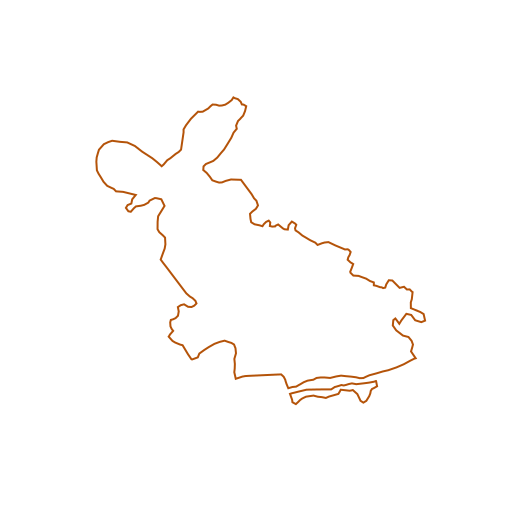 the district of Markz Matay, Al Minya, Egypt, rotated 33°
{"feature_id": "37247803B33553459827704", "entity_name": "Markz Matay", "entity_type": "district", "adm_level": 2, "iso_a3": "EGY", "parent_name": "Egypt", "parent_adm1": "Al Minya", "projection": "robinson", "projection_center": [30.727, 28.431], "detail": "fine", "context": "isolated", "style": "outline", "palette": "amber", "viewbox_px": 512, "rotation_deg": 33, "n_neighbors": 0, "source": "geoboundaries", "source_scale": "gbopen_adm2", "svg_char_len": 4854}
<svg xmlns="http://www.w3.org/2000/svg" viewBox="0 0 512 512"><g transform="rotate(33 256 256)"><path d="M152.2,135.2L150.7,135.3L150.7,138.5L149.3,142.6L147.8,145.8L145.5,148.3L143.2,150.0L140.1,150.9L137.1,152.6L136.3,155.0L135.6,158.3L132.7,164.0L130.4,165.7L128.8,166.5L128.1,169.8L126.7,176.3L126.1,184.4L126.3,189.3L127.9,191.7L135.2,207.6L134.5,210.9L133.0,214.2L130.9,220.7L129.4,224.0L128.7,229.6L128.0,232.1L125.7,231.7L121.6,231.1L115.8,230.5L103.7,230.5L94.5,229.7L86.1,230.9L79.8,234.3L72.6,237.7L70.0,241.0L67.5,245.1L66.4,252.4L67.4,255.9L68.7,260.1L70.7,263.8L75.9,270.8L79.1,272.7L82.8,274.4L87.7,276.8L93.0,278.2L97.6,277.6L100.1,277.2L103.4,278.0L109.6,274.6L121.9,270.3L121.3,275.9L122.9,279.9L120.6,283.2L120.7,286.5L124.6,288.0L126.9,287.1L127.6,282.3L128.3,279.8L132.1,276.5L134.4,274.0L136.6,269.9L136.6,267.5L139.6,262.5L141.1,261.7L145.7,260.0L152.0,263.8L152.2,271.6L152.2,272.2L152.2,272.7L152.3,276.0L154.8,280.8L158.8,287.1L159.9,287.7L161.9,288.7L166.6,289.4L169.7,290.1L173.7,295.6L175.4,299.6L176.3,303.7L178.0,310.9L181.7,312.3L186.9,314.1L214.0,323.9L217.9,325.3L222.6,326.0L225.8,325.9L229.6,326.6L231.9,328.2L231.8,328.8L231.2,331.4L229.7,333.9L226.7,335.6L222.0,335.7L219.7,338.2L218.3,341.4L221.4,344.6L223.1,348.6L222.4,351.9L220.9,354.3L219.4,356.0L220.2,358.4L222.6,361.6L225.0,363.1L227.3,363.9L226.6,368.7L226.7,369.9L226.7,371.2L232.2,372.7L235.3,372.6L240.7,371.6L243.0,370.8L247.7,373.1L252.4,375.4L257.9,377.7L258.7,377.6L260.4,375.4L262.4,372.7L261.6,368.7L263.8,363.0L266.0,358.1L269.0,352.3L271.9,348.4L272.7,347.4L275.8,344.1L279.6,343.2L282.7,342.3L285.8,342.2L287.7,343.6L289.0,344.5L292.2,348.5L293.9,354.1L297.1,358.1L299.5,362.1L301.1,365.3L305.9,370.0L308.4,366.9L310.3,364.5L311.3,363.6L312.2,362.7L314.6,360.9L338.6,343.7L341.6,341.6L345.0,342.2L348.0,343.9L348.8,344.7L351.3,346.7L355.1,349.3L357.9,346.0L360.8,343.7L362.4,340.5L362.7,340.0L364.8,335.8L367.1,332.5L368.5,331.2L371.5,328.5L373.2,325.3L376.2,322.8L379.9,320.4L384.6,317.9L388.9,313.3L392.5,310.0L396.7,307.9L401.6,305.3L406.0,303.2L409.5,302.0L412.5,299.9L414.0,297.4L416.1,294.2L419.9,290.0L421.4,288.3L425.3,283.7L429.1,279.8L434.5,272.9L438.9,266.3L442.5,259.6L443.5,257.9L444.6,256.0L445.6,254.8L438.0,251.6L436.7,247.2L436.3,246.1L435.9,244.8L432.7,242.4L428.0,240.9L422.6,242.7L414.1,242.0L409.4,240.1L408.6,239.8L406.1,235.0L406.9,232.5L409.2,233.3L413.1,234.8L413.0,230.8L413.6,222.6L418.3,220.9L424.5,223.2L428.4,222.1L430.7,221.4L433.0,218.1L428.2,213.4L424.3,213.5L414.3,215.4L411.1,210.6L410.2,207.4L409.5,206.0L408.6,204.2L407.0,201.0L406.2,201.0L403.1,200.3L400.8,201.9L396.9,201.2L393.8,204.5L383.7,202.3L380.6,204.0L380.7,208.9L381.6,212.1L380.1,213.7L378.5,213.8L377.0,214.6L373.1,215.5L371.3,216.2L370.8,216.4L369.2,214.0L365.3,214.9L360.7,215.0L356.1,216.1L352.9,216.8L348.3,219.4L344.4,218.6L343.6,217.9L342.8,213.8L341.9,209.8L340.4,209.8L338.8,209.9L334.9,209.2L334.1,206.8L334.0,204.3L333.2,201.1L330.8,200.4L329.3,200.4L327.0,202.1L325.1,202.4L324.0,202.6L316.9,203.9L309.2,204.9L306.1,207.4L305.1,208.6L304.6,209.1L301.6,213.2L298.5,212.5L293.2,213.2L291.5,213.3L288.3,213.4L283.7,213.6L278.8,213.0L278.3,213.0L275.2,213.0L273.6,211.5L272.8,207.9L271.2,207.5L267.3,207.6L266.6,212.4L268.3,216.5L265.7,217.9L265.2,218.1L263.6,218.2L258.3,217.6L257.4,217.5L255.9,220.0L255.9,220.8L253.6,222.5L251.3,223.3L249.7,220.1L247.4,219.4L245.9,221.9L245.2,225.1L245.2,226.7L245.2,227.5L242.1,228.4L237.5,230.2L233.6,230.3L231.2,227.9L228.0,223.9L228.7,220.7L230.2,216.6L230.2,214.3L230.1,212.5L226.2,209.4L223.0,208.7L219.6,207.0L218.3,206.4L201.9,200.3L194.6,204.7L193.4,205.4L189.7,209.5L187.4,212.8L185.1,214.5L182.0,215.4L179.4,216.0L178.1,216.3L174.2,214.7L169.5,213.2L164.9,212.6L164.5,211.8L163.2,209.4L163.9,206.1L166.2,202.8L168.4,199.5L169.9,194.6L170.5,189.0L171.2,184.1L171.1,177.6L170.9,170.3L170.0,164.7L170.4,161.3L170.6,159.8L168.3,157.5L167.4,152.6L168.1,149.4L168.2,148.4L168.8,145.3L167.9,140.5L166.2,135.7L163.1,135.8L161.6,136.6L159.2,135.0L155.3,134.3L152.2,135.2ZM364.6,356.9L366.2,358.8L370.1,358.5L370.9,355.4L371.4,352.9L372.2,350.7L373.3,348.8L374.6,346.7L380.3,341.7L381.7,341.3L383.4,340.7L384.4,340.4L388.1,338.5L390.1,337.7L391.9,337.0L393.8,334.1L400.2,326.8L400.1,324.3L399.9,322.0L407.9,318.0L409.1,316.9L410.2,315.7L416.2,316.6L421.1,319.6L422.5,320.5L425.9,320.5L427.4,317.4L427.3,311.9L426.7,309.0L425.7,306.6L425.7,304.4L426.8,302.6L428.5,299.3L425.3,296.0L424.8,295.5L424.7,295.5L423.5,297.1L419.8,300.6L418.3,301.9L415.7,304.1L409.9,308.9L405.8,310.6L403.7,312.7L402.6,314.0L401.8,315.0L400.1,316.8L398.9,317.3L397.9,317.7L396.3,319.7L394.5,321.8L393.4,323.0L392.3,325.6L391.7,326.9L389.1,328.6L385.8,330.8L381.2,333.8L375.6,337.6L371.3,340.5L369.0,342.9L365.5,346.6L363.0,349.3L361.0,351.4L359.6,353.1L364.6,356.9Z" fill="none" stroke="#b45309" stroke-width="2"/></g></svg>